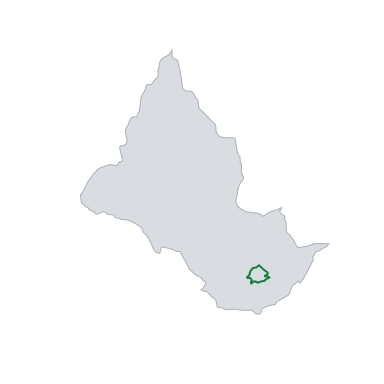 location of Baoro, Nana-Mambéré, Central African Republic, rotated 247°
{"feature_id": "33826404B60338684619617", "entity_name": "Baoro", "entity_type": "district", "adm_level": 2, "iso_a3": "CAF", "parent_name": "Central African Republic", "parent_adm1": "Nana-Mambéré", "projection": "robinson", "projection_center": [16.033, 5.49], "detail": "fine", "context": "in_parent", "style": "outline", "palette": "green", "viewbox_px": 384, "rotation_deg": 247, "n_neighbors": 0, "source": "geoboundaries", "source_scale": "gbopen_adm2", "svg_char_len": 5172}
<svg xmlns="http://www.w3.org/2000/svg" viewBox="0 0 384 384"><g transform="rotate(247 192 192)"><path d="M258.5,142.1L261.7,143.0L262.2,144.1L261.4,147.7L262.0,149.9L263.8,151.8L265.6,152.6L267.3,153.1L273.3,154.2L275.8,155.5L279.1,159.7L283.2,163.5L284.2,165.5L284.1,167.4L282.8,169.6L283.0,170.5L284.9,172.7L287.1,175.0L291.1,177.6L298.0,181.5L301.2,184.2L302.3,186.2L304.0,188.4L306.5,190.4L308.2,191.9L307.1,196.3L307.4,197.7L308.0,199.0L309.5,200.7L310.1,202.9L311.5,205.7L313.2,206.9L316.1,207.4L317.6,208.7L320.7,210.9L323.7,212.8L325.0,214.1L325.8,215.2L326.5,216.6L326.9,218.0L327.0,220.9L327.5,224.6L329.1,227.1L330.7,228.9L324.5,226.8L323.6,226.7L322.5,227.1L319.3,229.8L318.2,230.1L314.2,229.5L304.4,227.4L296.8,225.4L294.5,224.7L290.5,224.0L287.8,225.4L285.3,230.1L284.6,231.0L280.7,232.4L278.8,232.0L274.3,233.3L267.3,231.3L264.7,231.7L262.8,232.7L257.7,234.8L254.7,236.0L251.1,237.1L247.7,238.8L245.5,239.8L243.2,239.7L241.2,238.8L239.0,238.0L236.4,237.8L233.6,238.3L231.3,240.1L230.4,241.5L228.4,245.0L226.0,250.8L225.1,252.0L224.2,252.6L213.2,249.7L208.5,249.0L205.3,249.9L201.3,248.3L199.5,248.0L198.7,248.5L196.5,247.8L192.8,245.8L189.4,245.0L186.2,245.3L184.3,244.6L182.8,242.7L180.8,239.2L177.2,235.7L172.4,232.9L169.4,230.8L168.2,229.4L165.7,228.6L161.7,228.5L157.9,229.9L152.5,234.2L147.4,243.1L144.6,246.5L142.3,247.4L141.8,249.6L142.9,253.0L143.2,256.9L142.4,263.6L142.7,268.5L141.5,267.7L140.3,265.4L139.8,265.0L136.4,266.0L134.7,266.9L133.8,267.8L133.1,267.9L132.0,266.7L131.2,266.5L129.9,266.7L128.5,266.7L127.7,266.5L127.1,266.6L125.5,265.9L119.8,264.0L118.8,263.4L117.6,263.5L114.6,265.1L113.1,265.6L108.3,266.6L103.2,267.1L101.3,267.1L99.9,267.8L99.1,268.8L97.5,275.0L97.1,276.1L97.1,277.6L96.7,282.6L96.9,284.1L90.8,297.8L89.8,295.5L89.1,292.8L88.9,289.8L89.0,289.0L88.6,288.1L88.1,285.6L88.6,284.0L88.2,282.3L87.0,280.6L86.0,279.4L85.3,278.2L84.8,277.7L83.6,277.6L82.0,277.0L75.3,269.0L68.2,260.0L66.8,257.1L66.2,255.4L67.9,255.2L68.4,254.9L68.4,254.1L67.3,251.8L66.8,248.9L66.0,247.1L63.2,244.4L60.6,242.3L59.7,241.2L59.3,239.7L58.2,230.0L57.8,227.2L57.0,226.0L56.4,225.5L56.1,224.8L56.3,223.1L56.6,221.5L56.6,220.9L57.3,219.6L57.3,210.6L56.5,209.4L54.9,209.4L54.0,208.1L53.3,206.4L53.5,205.2L55.1,203.4L56.1,202.7L59.1,201.3L59.9,200.6L60.5,199.7L60.8,198.5L62.6,193.9L65.1,189.3L66.2,188.3L68.9,181.6L69.5,179.8L69.9,178.1L70.8,176.7L73.6,174.4L75.8,170.4L78.1,170.6L80.5,171.3L83.6,171.6L86.0,170.8L87.5,169.2L94.9,166.5L95.5,164.4L96.7,163.3L98.0,162.3L98.5,162.1L98.6,162.8L99.4,165.1L101.1,167.3L103.6,169.8L104.3,169.6L105.9,167.7L109.7,166.6L110.7,166.1L113.5,163.4L116.8,161.7L118.7,161.1L122.1,159.3L124.4,159.5L128.3,159.2L134.6,158.4L139.3,158.1L141.6,157.8L142.2,157.4L143.1,154.8L143.8,154.1L145.5,153.0L148.9,149.1L151.1,145.8L151.8,144.6L152.2,144.4L153.2,143.0L152.2,141.5L148.4,138.6L148.5,138.2L148.3,137.7L148.5,137.3L149.9,136.1L151.9,134.8L153.9,134.2L159.4,134.3L164.0,134.1L165.1,134.1L168.7,133.4L171.2,132.8L173.7,131.4L179.5,131.6L184.2,128.0L185.6,127.3L186.2,126.8L186.4,126.2L188.6,124.8L191.1,121.9L193.1,119.2L193.6,117.3L199.1,111.0L200.9,111.1L201.9,110.4L204.0,106.1L204.7,105.4L206.9,104.6L207.9,103.4L208.8,101.5L208.8,99.2L208.4,97.4L208.4,96.5L208.9,95.6L209.8,94.8L213.9,92.5L214.9,91.4L215.5,90.5L216.7,90.3L218.0,90.4L218.7,89.8L219.6,88.7L222.5,87.3L225.1,86.2L227.9,86.7L232.9,88.1L234.4,91.1L235.2,92.2L241.4,99.3L242.6,101.0L245.8,106.2L247.7,109.7L249.8,114.7L250.1,117.4L249.8,119.8L249.4,126.4L248.8,128.3L246.1,131.8L246.0,133.5L246.6,134.8L247.4,135.3L247.9,136.0L247.6,139.1L248.6,140.3L250.7,141.1L255.8,141.7L258.5,142.1Z" fill="#d9dde1" stroke="#a8b0b8" stroke-width="1"/><path d="M83.1,229.8L84.1,229.3L84.6,228.8L85.1,227.9L85.5,227.2L85.6,226.6L85.8,226.3L86.3,226.4L86.5,226.7L86.6,226.9L86.5,227.9L86.6,228.7L87.1,229.4L87.5,230.0L88.3,230.0L88.6,229.9L89.3,229.6L90.5,228.9L93.0,227.4L96.4,226.0L98.3,225.0L98.1,223.8L97.7,222.8L97.5,222.4L97.4,222.0L97.9,219.9L98.0,219.4L98.1,219.0L98.1,218.5L98.1,218.3L98.0,218.0L98.0,217.7L97.7,217.3L97.0,216.3L96.9,216.1L96.9,215.7L96.8,215.4L96.7,215.2L96.0,214.6L95.2,214.0L95.1,213.6L94.7,213.4L94.0,213.2L93.3,212.3L92.8,211.6L92.6,211.3L92.5,211.0L92.5,210.6L92.5,210.2L92.5,209.9L92.4,209.6L92.2,209.5L91.7,209.4L91.3,209.5L91.0,209.6L90.9,210.2L90.6,211.2L89.9,211.9L89.1,212.5L88.6,212.5L88.2,212.4L87.9,212.3L87.7,212.2L87.4,212.1L87.1,212.2L86.8,212.1L86.6,212.0L86.3,211.5L86.0,211.0L85.7,211.0L84.9,210.9L85.0,211.1L84.9,211.9L85.0,212.1L85.2,212.3L85.4,212.3L85.5,212.4L85.6,212.6L85.6,212.9L85.6,213.2L85.6,213.5L85.5,213.9L85.5,214.0L85.3,214.6L85.1,214.9L84.9,215.1L84.8,215.4L84.6,215.5L84.3,215.7L84.3,215.9L84.1,216.3L83.6,216.6L83.2,216.7L83.0,217.0L82.7,217.4L82.7,217.7L82.8,217.9L82.8,218.0L82.9,218.3L82.8,218.6L82.8,218.9L82.8,219.1L82.8,219.3L82.8,219.6L82.5,221.2L82.4,221.6L82.4,221.8L82.4,222.0L82.3,222.5L82.2,223.0L82.0,223.7L81.9,224.0L82.0,224.2L82.1,224.4L82.3,224.7L82.4,224.8L82.4,225.0L82.5,225.3L82.6,225.5L82.6,225.9L82.7,226.4L82.7,226.6L82.8,226.9L82.9,227.2L83.0,227.4L83.0,227.8L83.0,228.1L82.9,228.4L82.9,228.6L83.0,229.4L83.1,229.8Z" fill="none" stroke="#15803d" stroke-width="2"/></g></svg>